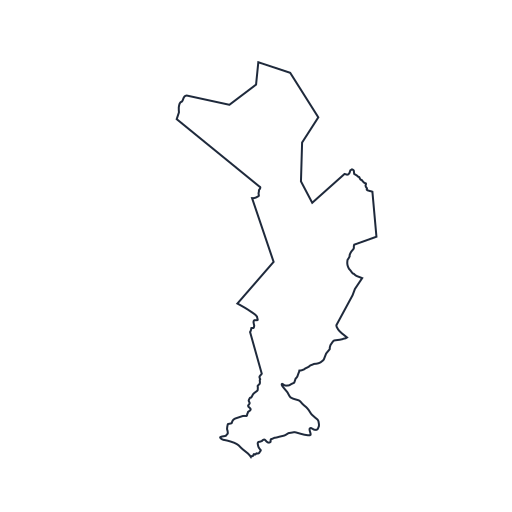 San Nicolas, Santa Bárbara, Honduras, rotated 126°
{"feature_id": "27666195B96632165697082", "entity_name": "San Nicolas", "entity_type": "district", "adm_level": 2, "iso_a3": "HND", "parent_name": "Honduras", "parent_adm1": "Santa Bárbara", "projection": "equal_earth", "projection_center": [-88.328, 14.902], "detail": "fine", "context": "isolated", "style": "outline", "palette": "slate", "viewbox_px": 512, "rotation_deg": 126, "n_neighbors": 0, "source": "geoboundaries", "source_scale": "gbopen_adm2", "svg_char_len": 6140}
<svg xmlns="http://www.w3.org/2000/svg" viewBox="0 0 512 512"><g transform="rotate(126 256 256)"><path d="M191.9,400.6L197.8,294.2L197.7,293.5L197.8,293.1L197.9,292.9L198.6,292.5L199.5,292.3L200.5,292.4L200.9,292.3L201.2,292.2L202.0,291.6L203.8,290.8L205.3,289.3L205.7,289.1L206.7,289.4L208.9,290.5L210.4,291.7L211.5,293.2L250.4,238.3L305.4,243.1L305.0,240.0L304.4,234.6L304.2,231.9L303.9,224.5L303.9,222.7L304.0,221.5L304.3,220.2L304.5,219.5L305.0,219.0L306.4,217.3L306.7,217.1L307.0,217.2L307.3,217.4L308.8,219.5L309.1,219.6L309.6,219.7L310.2,219.5L310.9,219.2L312.0,218.1L313.4,216.5L314.0,216.2L314.9,215.8L315.4,215.7L315.8,215.8L316.1,216.2L316.7,217.0L317.0,217.4L317.3,217.3L318.2,216.8L319.7,216.3L320.5,216.1L321.0,216.1L347.8,182.2L348.6,182.1L349.8,182.3L351.1,182.3L351.4,182.3L352.3,181.7L353.2,180.2L353.9,180.1L354.5,179.8L355.7,178.7L356.7,178.1L357.2,177.9L359.8,178.3L360.1,178.3L360.3,178.2L361.2,177.3L362.7,176.3L363.2,176.0L363.7,175.8L364.2,175.8L364.7,175.9L367.6,176.8L369.0,177.1L369.9,177.1L371.9,176.8L373.0,176.7L373.5,176.8L373.9,177.3L374.4,177.5L375.3,177.4L376.5,177.2L377.3,176.9L377.5,176.7L378.1,175.6L378.6,174.8L378.7,174.7L379.2,174.5L380.1,174.4L381.5,174.5L382.0,174.1L382.3,173.7L382.4,173.4L382.5,172.0L382.8,170.9L383.0,170.4L383.4,170.1L383.9,170.0L384.5,170.0L385.2,170.3L385.9,170.4L386.4,170.7L386.7,170.8L387.4,170.6L388.2,170.3L389.1,170.2L389.9,169.7L390.6,169.6L390.9,169.6L391.2,169.9L391.9,171.0L392.6,171.9L393.3,172.7L394.0,173.2L399.3,177.0L400.3,177.6L401.5,178.0L402.3,178.1L403.0,178.1L404.4,177.8L405.2,177.5L405.6,177.5L406.0,177.7L408.2,179.7L408.5,179.9L409.0,179.8L410.8,179.0L412.6,178.0L413.3,177.4L414.3,176.1L415.5,175.0L416.1,174.6L416.8,174.5L418.0,174.7L419.1,174.7L419.4,174.9L419.9,175.3L421.8,177.2L422.4,177.7L423.3,178.3L423.6,178.4L423.9,178.3L424.0,178.2L424.1,177.9L424.3,176.7L424.3,176.1L424.1,175.3L424.0,174.8L423.9,174.3L423.5,173.6L422.2,170.7L421.0,167.4L420.3,165.1L420.0,164.2L419.7,162.6L419.5,161.4L419.4,160.3L419.4,159.4L419.4,158.6L419.9,155.7L420.2,153.1L420.5,146.5L421.0,143.8L421.6,142.0L421.1,142.1L420.7,142.1L420.5,141.9L420.0,141.2L419.5,141.0L418.8,140.9L418.2,141.3L417.6,141.3L417.4,141.1L417.1,140.1L417.0,139.9L416.7,139.8L415.9,139.7L415.4,139.6L415.2,139.1L414.6,138.3L414.0,137.9L413.4,137.7L412.2,137.8L410.8,137.8L410.3,138.0L410.2,138.2L410.1,138.9L409.7,140.2L409.4,141.0L409.0,141.8L408.4,142.6L407.4,143.7L406.7,144.4L406.1,144.7L405.6,144.8L405.0,144.7L403.6,143.4L402.2,142.5L402.0,142.4L401.2,142.4L400.2,141.9L399.7,141.5L399.6,141.3L399.5,141.0L399.5,140.3L399.9,138.4L399.9,137.5L399.9,137.1L399.8,136.6L399.6,136.2L399.4,135.9L399.1,135.6L398.5,135.2L397.9,135.0L397.4,135.2L396.1,136.1L395.6,136.2L395.1,136.1L394.9,135.9L394.7,135.6L392.2,134.2L391.5,133.4L390.3,132.3L388.6,131.0L385.5,128.3L384.5,127.5L383.4,126.9L381.7,126.2L380.2,125.6L377.7,123.1L376.1,121.6L375.8,121.1L375.3,120.1L373.5,115.2L372.2,111.9L370.5,108.6L369.9,107.8L369.5,107.2L369.2,107.0L368.8,106.9L368.5,106.8L368.2,107.0L367.5,107.6L365.8,109.8L365.0,110.6L364.4,111.0L364.0,111.1L363.7,111.0L363.2,110.8L362.8,110.3L362.4,107.1L362.0,106.2L361.5,105.4L360.9,104.8L360.2,104.5L359.6,104.4L358.6,104.6L356.7,105.1L356.2,105.4L355.2,106.1L354.3,107.0L353.1,108.2L352.6,109.0L352.2,110.0L352.1,110.9L352.0,113.0L351.6,117.0L351.5,117.7L351.3,118.6L351.0,119.4L349.7,122.7L349.2,124.5L348.8,126.4L348.6,129.5L348.3,131.8L347.8,133.9L347.6,135.1L347.6,136.2L347.9,137.3L349.2,140.9L349.7,142.5L350.0,144.3L350.1,144.9L350.0,145.3L349.8,146.1L349.4,147.1L348.8,148.4L348.1,149.8L347.8,150.5L347.5,151.6L347.0,153.6L346.6,155.2L346.2,156.7L345.8,158.1L345.5,158.7L345.2,159.3L344.9,159.6L344.6,159.8L344.3,159.8L344.1,159.7L343.9,158.9L343.9,157.2L343.7,156.5L343.3,155.7L343.0,155.2L341.4,153.4L341.1,153.2L340.6,152.9L338.7,152.1L337.3,151.3L336.2,150.7L335.9,150.7L335.4,150.8L331.9,151.9L330.7,151.7L329.3,151.7L325.9,152.7L324.2,153.1L323.2,153.6L322.3,152.5L321.5,151.8L320.9,151.4L319.5,150.5L319.0,150.3L318.1,150.1L316.3,149.1L314.5,148.2L313.4,148.0L312.8,147.8L311.9,147.3L310.6,146.4L309.5,145.8L308.9,145.3L307.9,144.1L307.3,143.5L306.0,142.4L304.9,141.7L303.9,141.2L302.8,140.9L301.5,140.5L300.2,140.3L299.5,140.4L293.8,141.9L292.7,141.9L289.6,141.7L288.1,141.6L287.7,141.8L287.0,142.3L286.5,142.6L284.6,143.3L284.2,143.4L281.4,143.5L279.9,143.5L279.2,143.4L278.4,143.1L277.6,142.3L274.5,139.0L272.5,137.2L271.5,136.6L270.0,135.2L269.2,134.8L268.4,134.5L268.1,141.2L267.7,144.2L267.4,145.5L267.1,146.5L266.5,147.8L265.9,149.1L265.1,150.0L264.7,150.3L231.0,154.8L224.5,156.6L211.5,157.1L211.9,158.7L212.7,161.6L213.1,163.2L213.1,165.0L212.9,166.3L213.1,166.8L213.2,167.2L213.1,167.9L213.0,168.6L212.2,171.0L211.8,172.7L211.7,173.3L211.4,173.8L210.7,175.1L209.6,176.6L208.6,177.6L207.4,178.5L205.7,179.5L205.1,179.7L203.7,179.7L201.4,180.0L201.1,180.1L200.4,180.7L199.9,180.9L198.7,181.2L197.5,181.4L196.3,181.5L193.6,181.3L192.7,181.3L191.9,181.6L191.0,182.3L190.4,182.7L189.1,183.2L169.6,169.9L135.6,199.6L136.1,201.2L136.4,201.8L136.7,202.5L137.0,203.6L137.3,204.3L137.3,204.6L137.3,205.0L137.2,205.4L137.0,205.6L136.8,205.7L136.3,205.8L136.0,206.1L135.8,206.6L135.5,207.7L134.8,208.6L134.4,208.9L133.6,209.1L133.1,209.4L132.8,209.6L132.7,209.8L132.7,210.1L133.0,210.7L133.1,211.3L133.1,212.1L132.9,213.0L132.8,213.8L132.5,214.5L132.4,214.9L132.4,215.3L132.7,215.9L132.7,216.4L132.5,216.9L132.3,217.4L132.0,218.0L131.7,218.4L131.5,218.8L131.5,219.0L131.7,219.4L131.8,219.8L131.6,221.9L131.8,223.8L131.9,224.7L131.8,224.9L131.5,225.2L130.4,226.2L129.7,226.8L129.4,227.2L129.3,227.6L129.3,228.3L129.4,228.9L129.5,229.3L130.8,229.8L131.2,230.0L132.0,229.8L133.2,229.4L133.8,229.2L134.7,229.2L135.6,229.3L136.2,229.6L136.7,230.2L136.9,230.7L137.3,231.9L137.6,232.6L179.9,241.8L169.2,263.5L137.1,285.4L107.2,287.1L87.7,336.0L97.9,368.0L117.3,356.7L149.3,366.4L166.9,406.4L167.4,406.8L168.3,407.4L169.1,407.6L170.6,407.5L172.8,406.9L174.2,406.7L174.9,406.8L175.5,407.2L176.0,407.4L176.9,407.4L177.8,407.3L179.4,406.7L181.2,405.8L183.5,404.1L184.9,402.9L185.3,402.7L191.9,400.6Z" fill="none" stroke="#1e293b" stroke-width="2"/></g></svg>